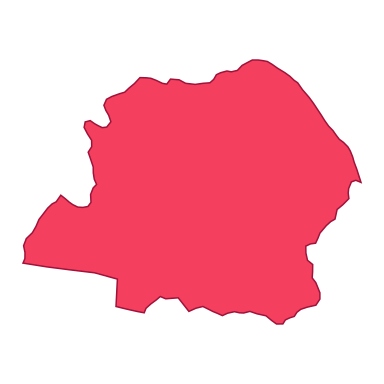 outline of Paracuru, Ceará, Brazil
{"feature_id": "56859067B64518825165882", "entity_name": "Paracuru", "entity_type": "district", "adm_level": 2, "iso_a3": "BRA", "parent_name": "Brazil", "parent_adm1": "Ceará", "projection": "robinson", "projection_center": [-39.039, -3.479], "detail": "fine", "context": "isolated", "style": "filled", "palette": "rose", "viewbox_px": 384, "rotation_deg": 0, "n_neighbors": 0, "source": "geoboundaries", "source_scale": "gbopen_adm2", "svg_char_len": 1974}
<svg xmlns="http://www.w3.org/2000/svg" viewBox="0 0 384 384"><path d="M361.0,182.4L356.7,169.0L354.1,162.1L352.7,157.0L350.3,151.0L348.0,147.0L343.5,142.4L339.3,139.3L336.4,135.5L332.8,130.4L328.6,126.1L324.7,120.6L321.2,115.0L318.0,110.2L313.8,103.8L309.2,97.5L306.2,94.0L302.4,89.6L297.7,82.8L294.1,80.3L289.9,76.3L284.9,72.7L277.4,68.1L272.2,64.4L267.4,61.5L262.7,60.6L258.2,60.0L252.3,60.0L247.7,62.4L242.1,65.4L237.4,70.4L231.3,71.8L226.9,71.0L220.6,72.7L216.4,74.7L213.7,79.4L209.9,82.8L203.0,83.3L195.2,84.4L185.6,83.3L179.1,79.8L170.5,79.1L166.8,84.1L162.3,83.3L156.3,80.4L150.9,78.3L146.4,77.8L140.0,77.6L134.4,83.6L129.2,87.9L124.7,92.2L119.6,93.7L111.8,96.5L106.5,99.3L103.9,105.3L105.8,110.3L108.7,115.3L110.9,121.8L106.7,127.1L102.2,127.6L98.4,125.8L94.6,123.7L90.2,120.6L85.2,121.9L84.1,127.4L87.4,133.7L91.6,140.3L91.7,146.7L88.2,152.2L90.6,159.1L93.2,166.9L93.3,173.0L94.3,179.3L96.6,184.4L93.2,187.9L90.6,194.5L91.0,202.3L87.9,206.5L82.9,207.4L77.8,207.1L72.7,204.6L68.9,201.9L65.4,198.8L60.8,195.2L56.2,201.8L52.1,203.9L47.7,208.1L43.2,214.0L39.0,219.4L36.0,226.4L32.4,232.7L26.3,238.6L23.6,245.7L25.0,252.7L24.9,258.6L23.0,263.1L47.0,266.9L68.9,269.7L94.6,272.8L117.4,279.1L116.0,306.5L124.1,308.5L129.7,309.8L137.3,311.5L144.2,312.8L146.0,308.3L150.9,303.9L156.3,299.9L160.3,296.5L165.7,298.8L178.2,297.8L188.9,311.4L196.0,308.2L202.9,306.5L207.6,308.8L212.9,311.5L217.3,313.3L222.4,315.6L227.6,313.2L234.5,311.7L239.4,312.8L243.7,313.0L249.9,311.4L257.0,313.8L266.0,315.8L271.8,320.6L276.5,324.0L282.9,323.9L285.4,319.9L289.9,317.8L294.3,316.4L296.9,312.3L300.8,309.3L307.1,307.2L315.9,305.2L319.9,299.1L319.9,292.8L317.6,287.0L315.8,282.6L312.2,277.9L312.6,272.0L312.7,264.5L307.5,260.3L305.9,253.0L305.8,246.1L310.5,243.9L315.6,243.2L317.8,238.5L320.0,233.0L326.3,225.6L330.7,221.6L335.0,219.1L337.1,209.5L343.0,204.6L348.9,198.6L348.2,193.0L348.7,188.4L351.4,181.9L355.8,180.3L361.0,182.4Z" fill="#f43f5e" stroke="#9f1239" stroke-width="1.5"/></svg>